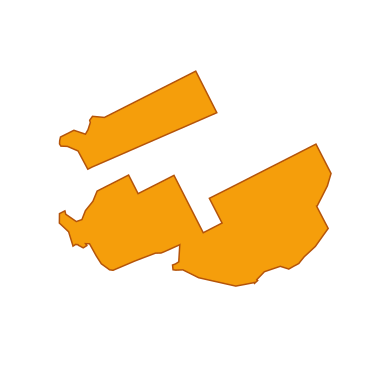 outline of Wagait, Northern Territory, Australia, rotated 153°
{"feature_id": "25037944B50083435969321", "entity_name": "Wagait", "entity_type": "district", "adm_level": 2, "iso_a3": "AUS", "parent_name": "Australia", "parent_adm1": "Northern Territory", "projection": "orthographic", "projection_center": [130.755, -12.442], "detail": "fine", "context": "isolated", "style": "filled", "palette": "amber", "viewbox_px": 384, "rotation_deg": 153, "n_neighbors": 0, "source": "geoboundaries", "source_scale": "gbopen_adm2", "svg_char_len": 1688}
<svg xmlns="http://www.w3.org/2000/svg" viewBox="0 0 384 384"><g transform="rotate(153 192 192)"><path d="M322.6,197.8L319.2,198.1L319.1,197.9L318.9,197.7L318.5,197.4L318.4,197.3L318.2,197.2L317.9,197.1L317.6,197.0L317.5,196.8L317.5,196.7L317.4,196.3L317.4,196.1L317.0,195.5L316.8,195.2L316.6,195.0L316.1,194.3L315.6,193.5L315.4,193.2L315.2,192.9L314.7,192.2L314.4,191.8L314.2,191.6L310.0,192.0L310.3,194.3L306.8,192.4L306.3,178.3L305.4,169.2L301.7,162.0L300.8,160.1L297.9,158.1L280.7,156.9L274.6,156.5L265.9,155.6L252.3,154.1L247.3,151.7L244.0,151.4L227.6,150.6L226.8,150.6L227.8,148.9L235.5,135.8L239.4,135.4L242.5,135.8L243.9,132.1L244.2,131.3L242.2,129.9L239.7,128.7L235.5,126.8L225.0,112.6L212.6,102.3L209.2,99.5L204.9,95.9L195.7,88.3L187.3,85.8L179.3,83.5L178.2,83.1L177.8,83.2L177.8,82.2L173.7,83.3L174.1,84.5L168.9,86.3L163.7,88.1L157.3,87.2L151.8,86.4L147.1,85.7L146.2,84.8L141.4,80.1L140.8,79.4L137.0,79.6L134.6,79.7L132.5,79.7L129.3,79.8L126.3,81.2L121.3,83.4L119.1,84.0L106.8,87.5L94.4,94.0L92.2,95.1L90.3,96.1L87.2,97.7L87.3,105.5L87.4,120.1L87.4,122.9L86.6,122.9L82.2,126.1L80.8,127.1L78.3,128.9L68.6,136.0L59.7,145.4L59.8,178.4L118.7,178.4L158.2,178.4L179.4,178.5L179.3,150.7L200.5,150.6L200.5,174.1L200.5,215.0L240.8,215.0L240.8,235.9L276.1,235.9L284.5,228.7L295.4,223.8L302.6,217.4L308.5,218.2L314.6,229.5L313.8,232.9L319.9,232.9L324.3,224.5L322.5,219.6L320.0,212.5L322.5,198.2L322.6,197.8ZM246.3,304.6L250.6,302.4L251.1,300.0L256.4,294.7L260.7,291.9L269.2,300.6L284.2,300.7L286.6,297.8L288.2,295.0L288.0,292.4L282.3,289.2L274.9,280.3L274.5,259.6L269.5,259.6L133.9,251.4L133.8,298.0L236.2,298.2L246.3,304.6Z" fill="#f59e0b" stroke="#b45309" stroke-width="1.5"/></g></svg>